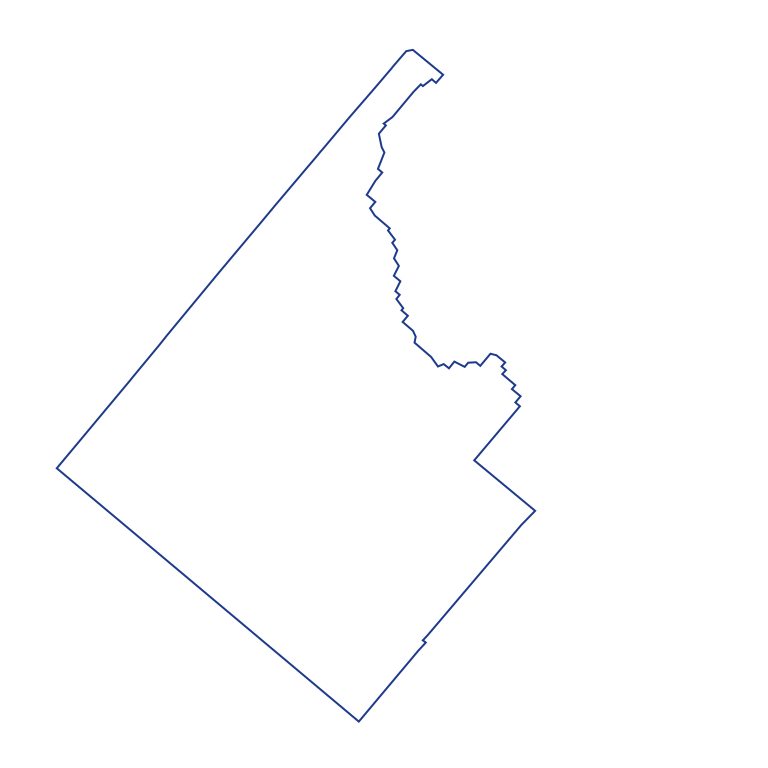 outline of Lassen, California, United States of America, rotated 220°
{"feature_id": "52423323B86430023400928", "entity_name": "Lassen", "entity_type": "district", "adm_level": 2, "iso_a3": "USA", "parent_name": "United States of America", "parent_adm1": "California", "projection": "natural_earth1", "projection_center": [-120.457, 40.446], "detail": "fine", "context": "isolated", "style": "outline", "palette": "blue", "viewbox_px": 768, "rotation_deg": 220, "n_neighbors": 0, "source": "geoboundaries", "source_scale": "gbopen_adm2", "svg_char_len": 1234}
<svg xmlns="http://www.w3.org/2000/svg" viewBox="0 0 768 768"><g transform="rotate(220 384 384)"><path d="M580.9,653.3L581.0,649.0L581.2,631.9L581.1,631.6L581.3,605.3L581.9,566.1L581.9,523.1L582.0,521.1L581.9,515.7L582.0,502.8L582.2,452.1L582.2,451.7L582.1,430.2L582.1,363.7L581.5,281.4L581.2,270.6L580.9,227.4L580.9,226.9L580.8,224.8L580.5,109.1L432.1,109.2L186.3,109.2L186.3,201.9L185.8,212.8L189.5,212.6L189.1,219.0L188.2,364.5L186.7,384.0L265.8,383.5L265.6,454.3L271.5,454.3L271.5,462.4L282.7,462.3L282.7,467.5L299.8,467.6L299.5,472.9L305.2,473.0L305.0,478.4L316.3,478.3L321.9,475.6L321.9,459.8L327.5,459.8L333.2,454.4L333.2,449.0L344.5,446.4L344.3,437.8L351.1,437.6L353.9,432.1L365.2,435.0L387.2,435.3L390.1,440.6L396.0,443.4L409.6,443.5L409.6,451.6L418.0,451.7L418.0,454.4L429.2,457.1L429.3,462.4L434.9,462.4L437.5,473.2L446.0,473.2L448.5,484.0L457.1,486.7L459.8,495.0L468.4,497.5L468.3,501.6L479.6,504.2L479.6,506.9L499.3,507.1L507.7,509.7L507.7,517.9L518.8,517.8L521.2,534.0L521.3,544.9L526.9,544.9L532.5,561.6L538.0,563.9L548.8,572.4L548.8,583.3L551.6,583.3L549.1,594.1L549.2,626.6L548.4,637.2L545.7,637.2L543.3,648.2L537.7,648.1L537.5,658.9L576.7,658.5L580.9,653.3Z" fill="none" stroke="#1e3a8a" stroke-width="2"/></g></svg>